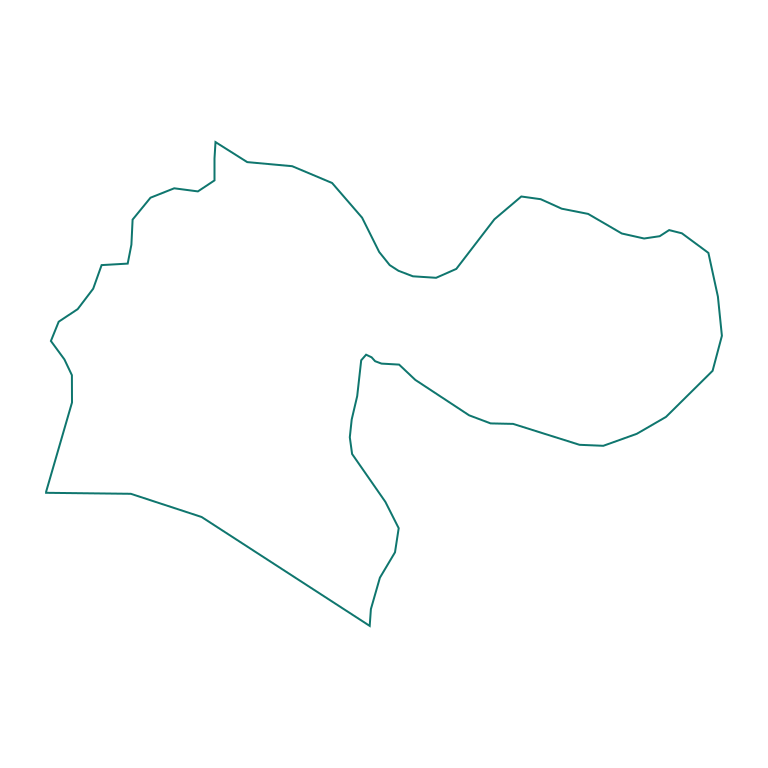 the Province of Tehran
{"feature_id": "IRN-3216", "entity_name": "Tehran", "entity_type": "Province", "adm_level": 1, "iso_a3": "IRN", "parent_name": "Iran", "parent_adm1": "", "projection": "equal_earth", "projection_center": [51.864, 35.496], "detail": "fine", "context": "isolated", "style": "outline", "palette": "teal", "viewbox_px": 768, "rotation_deg": 0, "n_neighbors": 0, "source": "natural_earth", "source_scale": "10m", "svg_char_len": 957}
<svg xmlns="http://www.w3.org/2000/svg" viewBox="0 0 768 768"><path d="M46.1,491.8L72.0,402.5L71.9,375.2L64.4,359.4L50.9,341.0L58.7,321.7L77.7,309.1L93.2,288.7L101.6,265.1L127.7,263.6L131.4,244.7L132.6,219.6L150.5,197.7L174.2,188.3L197.9,191.4L214.5,180.4L214.5,158.5L215.5,142.1L247.2,162.1L292.2,166.2L332.1,183.0L362.1,217.7L379.2,252.0L389.7,265.1L398.5,270.8L412.9,276.3L436.1,277.8L456.3,268.9L494.4,219.3L521.3,196.5L540.7,199.2L561.7,208.7L588.1,213.9L621.8,233.5L644.1,238.5L659.7,236.2L669.1,230.1L681.9,233.3L708.4,252.9L717.9,296.6L721.9,335.8L712.6,370.8L666.0,416.9L636.8,433.8L603.3,445.8L579.5,444.8L513.1,423.9L490.6,423.4L469.1,415.3L415.3,379.9L399.1,364.6L381.5,363.6L375.1,361.2L371.6,357.3L366.1,354.7L361.2,360.3L357.2,396.1L351.7,419.5L349.8,437.3L352.1,454.0L385.4,501.9L398.7,528.2L395.0,552.3L379.9,577.7L370.9,609.1L369.7,625.9L201.6,517.0L130.8,493.8L46.1,492.8L46.1,491.8Z" fill="none" stroke="#0f766e" stroke-width="2"/></svg>